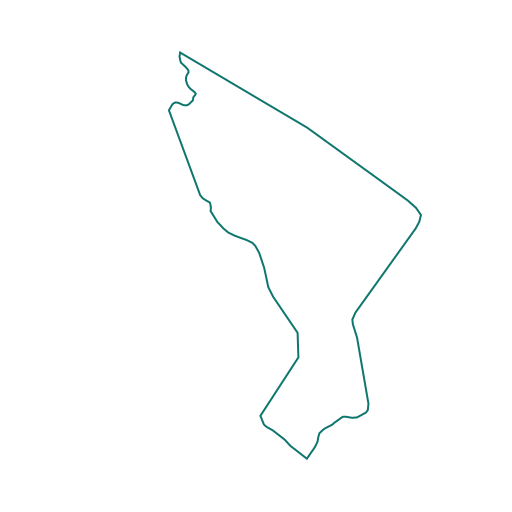 the border of Southern Highlands, rotated 216°
{"feature_id": "PNG-1246", "entity_name": "Southern Highlands", "entity_type": "Province", "adm_level": 1, "iso_a3": "PNG", "parent_name": "Papua New Guinea", "parent_adm1": "", "projection": "mercator", "projection_center": [143.455, -5.902], "detail": "fine", "context": "isolated", "style": "outline", "palette": "teal", "viewbox_px": 512, "rotation_deg": 216, "n_neighbors": 0, "source": "natural_earth", "source_scale": "10m", "svg_char_len": 1215}
<svg xmlns="http://www.w3.org/2000/svg" viewBox="0 0 512 512"><g transform="rotate(216 256 256)"><path d="M95.7,121.9L116.5,122.6L125.0,124.3L140.2,124.8L146.3,124.0L148.7,124.1L150.7,124.4L158.5,129.3L162.1,198.9L177.2,218.3L218.2,233.1L227.7,238.0L242.4,251.2L255.4,260.5L262.6,263.8L266.7,264.5L272.9,263.4L284.8,260.0L292.2,258.7L298.3,259.1L307.2,260.8L319.2,265.7L320.6,268.2L322.9,270.7L324.8,272.1L329.1,271.6L333.2,271.4L336.9,272.4L412.1,322.7L412.8,329.5L412.4,331.0L411.5,332.8L410.0,333.8L408.0,334.5L403.7,335.3L401.3,336.6L400.1,337.9L399.5,339.3L398.6,344.3L398.6,344.9L399.2,346.1L400.0,347.6L400.0,349.1L399.8,350.7L400.3,352.0L402.4,352.5L407.3,352.7L410.0,353.3L412.7,354.5L415.7,356.8L417.5,359.2L418.3,361.7L418.5,364.9L420.1,366.6L423.8,367.5L430.3,368.3L432.2,369.7L435.1,372.4L437.0,376.0L290.0,389.9L192.1,390.1L165.7,390.1L154.8,389.0L146.6,386.1L144.0,379.6L143.0,372.1L142.3,268.7L140.7,261.2L137.4,257.6L126.3,249.4L78.2,202.6L75.0,197.1L75.0,194.0L79.4,184.8L83.1,181.6L88.8,178.8L91.3,176.9L92.5,173.5L92.7,172.7L94.7,166.9L95.0,165.0L95.3,164.1L98.7,157.4L99.7,154.5L100.5,149.8L99.1,146.0L97.1,141.9L96.0,135.9L95.7,121.9Z" fill="none" stroke="#0f766e" stroke-width="2"/></g></svg>